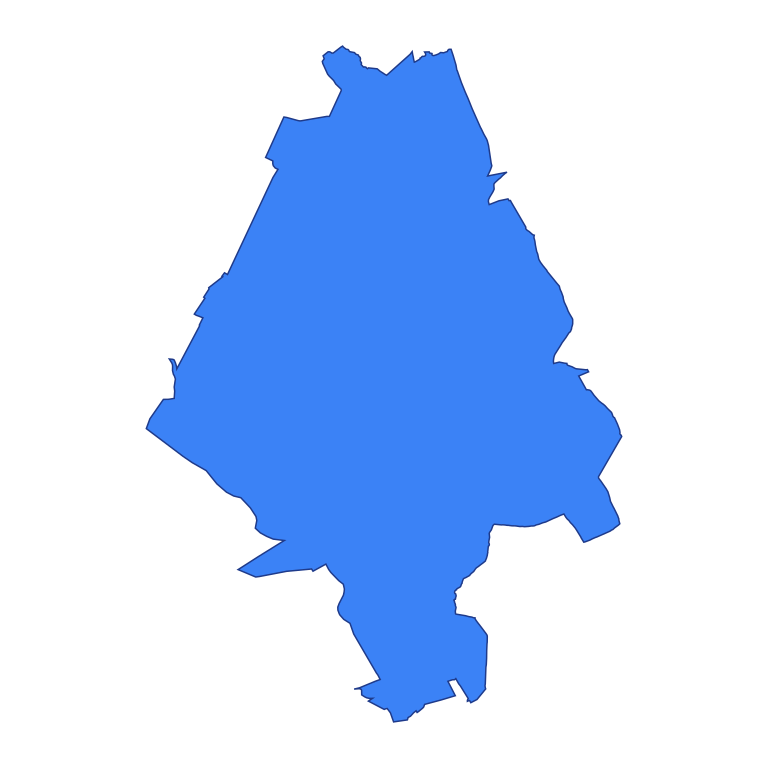 Motca, Iasi, Romania (Equal Earth projection)
{"feature_id": "2599482B18816841555206", "entity_name": "Motca", "entity_type": "district", "adm_level": 2, "iso_a3": "ROU", "parent_name": "Romania", "parent_adm1": "Iasi", "projection": "equal_earth", "projection_center": [26.629, 47.225], "detail": "fine", "context": "isolated", "style": "filled", "palette": "blue", "viewbox_px": 768, "rotation_deg": 0, "n_neighbors": 0, "source": "geoboundaries", "source_scale": "gbopen_adm2", "svg_char_len": 6045}
<svg xmlns="http://www.w3.org/2000/svg" viewBox="0 0 768 768"><path d="M313.0,571.2L325.9,564.1L328.7,569.5L330.9,572.5L338.7,580.6L343.3,584.2L344.4,589.0L344.1,592.0L343.4,595.2L339.1,603.6L337.8,607.1L337.9,610.1L339.2,613.7L339.9,615.0L343.8,619.4L350.0,623.3L353.7,634.0L376.4,673.0L377.8,674.9L380.2,679.5L375.2,681.3L359.5,687.8L354.1,689.1L359.2,688.7L361.0,689.2L361.6,690.2L361.7,694.9L364.8,696.9L366.7,697.8L369.4,698.4L372.6,698.3L368.4,701.1L384.2,709.4L385.7,708.8L387.2,708.5L390.4,712.8L393.6,721.9L407.4,719.9L408.1,717.5L410.5,716.2L413.6,712.8L416.1,710.8L417.1,712.5L418.6,711.5L422.6,708.2L423.7,707.0L424.6,704.4L441.0,700.0L455.3,695.7L447.9,681.3L452.3,679.8L454.5,679.7L455.2,679.2L455.8,678.6L458.7,683.8L460.3,685.8L468.2,698.5L467.4,700.2L467.4,701.3L469.2,700.5L469.8,700.9L470.8,702.7L477.0,699.5L485.7,688.9L485.5,688.5L485.2,687.1L485.0,685.7L485.3,683.9L485.9,667.2L486.3,664.6L486.6,658.2L486.7,650.6L487.0,643.7L487.2,642.2L487.3,636.6L487.2,635.7L486.9,634.9L486.1,633.7L482.0,628.2L477.3,622.1L475.9,620.2L475.0,618.5L475.0,617.8L473.6,617.8L471.9,617.1L468.8,616.6L465.5,615.7L455.9,614.1L455.5,613.6L455.4,612.0L455.3,611.1L456.0,607.8L456.0,607.2L455.4,605.6L455.3,604.7L455.4,604.4L455.2,603.8L455.0,603.6L454.8,602.8L454.5,602.3L454.5,601.5L453.9,600.4L453.9,600.2L454.0,599.9L454.4,599.9L454.7,599.3L455.4,599.2L455.5,598.7L455.7,597.3L456.0,596.6L456.1,595.4L455.6,593.8L455.4,593.8L454.9,593.5L454.6,592.7L454.6,592.0L454.8,591.1L455.0,590.8L455.5,590.5L456.0,589.8L456.5,589.8L456.7,589.1L457.4,588.5L460.0,587.1L460.7,586.3L461.5,584.0L462.1,583.2L462.1,582.5L462.5,581.1L463.4,578.8L464.1,578.3L465.8,577.6L469.6,575.5L470.2,574.6L471.2,573.5L473.7,571.5L475.3,569.1L476.4,567.8L478.5,566.4L480.9,564.5L483.1,562.9L485.4,561.0L485.7,559.9L486.3,558.7L487.3,555.3L487.5,553.7L487.8,552.6L487.7,551.3L487.9,550.3L488.2,547.2L488.4,546.1L488.9,545.8L489.3,544.9L489.3,544.1L488.7,542.5L489.0,540.4L489.6,537.3L489.2,533.4L489.6,532.4L491.4,529.8L492.7,526.1L493.2,525.2L494.3,524.2L501.4,524.9L502.9,524.8L505.2,525.0L507.0,525.3L508.2,525.3L511.7,525.8L515.6,525.9L519.6,526.5L520.9,526.5L522.2,526.4L524.5,526.7L528.7,526.4L531.2,526.0L532.6,526.0L533.8,525.9L534.7,525.7L536.3,524.9L538.9,524.3L542.7,522.8L545.7,522.0L553.2,518.5L556.9,517.0L560.3,515.4L563.9,514.0L565.9,517.3L567.3,519.1L568.9,520.5L570.4,522.6L572.5,524.7L575.2,528.0L576.7,530.3L580.8,537.0L581.1,537.8L583.8,542.2L585.3,541.8L589.9,540.1L592.4,538.8L595.8,537.3L596.6,537.1L609.3,531.5L610.7,530.8L611.1,530.3L612.9,529.5L614.6,527.9L618.3,525.2L619.8,523.8L619.0,520.8L618.8,519.4L618.8,518.8L618.2,517.3L617.8,516.0L614.1,508.5L613.1,506.7L610.5,501.4L609.6,497.3L607.9,491.8L606.1,488.7L600.8,481.0L598.6,478.2L598.5,476.7L621.7,436.5L621.1,435.1L620.6,434.8L619.8,433.7L620.0,432.5L619.6,429.8L617.4,424.0L614.5,417.7L613.6,417.2L612.8,416.0L612.3,414.3L611.5,412.4L607.5,408.5L605.3,406.0L603.4,404.3L601.5,403.0L598.8,400.8L594.1,395.4L591.1,391.2L590.3,390.5L589.5,390.1L587.2,389.7L586.4,389.8L578.7,376.0L588.6,371.8L587.4,369.6L586.2,369.8L576.3,368.8L575.1,368.4L572.1,366.8L567.8,365.3L567.1,364.7L566.9,363.4L564.8,363.2L559.3,362.1L553.7,363.5L553.6,363.1L553.4,361.0L553.7,358.4L554.1,356.5L554.5,355.3L555.0,354.2L560.3,345.8L562.2,342.6L565.9,337.6L568.8,333.0L570.0,332.0L570.5,331.4L571.5,329.0L571.7,327.3L572.3,325.6L572.7,323.8L572.7,319.7L572.4,318.6L569.6,313.9L568.1,311.1L566.9,307.8L564.2,302.0L563.3,298.6L563.1,296.8L561.4,292.1L560.6,290.5L559.9,288.6L559.3,286.1L556.8,283.2L553.4,279.0L551.6,276.8L547.2,271.4L546.9,270.5L542.8,265.5L540.4,262.2L538.8,259.3L537.7,254.0L536.7,251.6L535.4,245.1L534.9,241.4L534.4,239.2L534.0,238.2L534.0,236.5L534.3,235.2L532.7,234.7L529.1,231.5L527.3,230.4L526.2,229.3L525.7,228.5L525.8,227.1L511.4,202.4L510.4,200.5L509.1,200.7L508.0,198.9L498.9,200.8L489.2,204.6L488.4,201.6L488.5,199.7L489.8,197.0L493.0,191.7L494.1,189.2L494.1,188.5L493.9,186.3L493.9,184.4L494.1,183.7L495.1,182.5L498.7,179.2L500.4,177.9L502.5,175.7L505.4,173.2L507.0,172.2L487.6,176.0L490.3,170.1L491.6,166.6L491.8,165.7L491.2,163.4L488.5,145.3L487.2,140.5L486.4,138.7L483.9,134.3L481.1,128.5L480.5,127.5L472.2,108.8L468.1,98.6L465.2,92.0L461.4,82.6L457.3,70.8L456.8,69.9L456.0,65.1L453.2,55.6L451.1,49.3L449.0,49.3L447.8,50.3L447.4,51.5L445.2,52.2L443.7,52.8L440.6,52.5L438.6,53.9L436.4,54.8L433.8,55.6L432.5,55.4L431.9,54.7L432.1,53.8L432.0,53.5L429.6,53.0L429.2,51.9L424.6,52.0L425.4,53.3L425.7,54.4L425.5,55.5L424.6,56.2L423.1,56.4L422.5,56.3L422.1,56.5L421.5,57.1L421.2,57.6L420.1,58.1L420.1,58.8L419.1,59.6L415.5,61.7L414.3,62.1L413.7,59.6L413.2,56.7L412.7,54.7L412.2,51.6L410.2,54.2L386.6,75.3L385.7,74.7L384.9,74.4L383.8,73.6L380.2,71.3L377.2,68.8L368.4,67.9L367.5,68.7L366.5,68.0L366.1,67.3L364.9,66.9L363.4,67.0L361.2,64.6L361.5,63.0L360.2,60.6L360.5,58.9L360.1,57.3L359.0,56.5L358.3,55.0L355.9,54.2L354.5,52.6L349.9,51.7L349.4,51.4L348.5,49.9L348.0,49.5L346.1,49.2L343.5,47.2L342.6,46.1L340.9,47.1L333.3,53.0L331.9,53.1L329.8,51.8L328.1,51.8L323.1,55.8L324.2,58.8L322.3,61.4L322.8,63.5L327.6,74.1L329.1,76.0L333.6,80.5L335.8,84.1L341.0,89.1L341.3,90.0L341.1,90.9L329.4,116.4L326.9,116.4L301.1,120.8L299.9,120.9L298.1,120.6L286.8,117.5L283.9,117.0L265.6,157.5L272.8,160.9L272.8,163.8L273.3,165.7L275.2,168.0L278.0,169.3L273.0,177.4L227.5,274.5L224.5,272.8L221.9,276.3L222.7,276.8L208.7,287.7L209.0,289.0L203.7,297.2L204.9,298.2L194.3,314.1L196.3,315.3L198.9,316.2L202.9,317.8L199.3,325.1L199.6,325.8L176.8,368.9L176.5,366.3L175.4,362.8L174.4,360.5L173.9,359.7L172.6,359.3L169.3,359.0L171.8,363.0L172.5,364.8L172.6,366.7L172.5,370.5L173.4,374.3L174.3,375.8L175.4,379.0L174.2,387.0L174.7,391.2L174.2,398.4L168.7,399.3L163.4,399.4L149.9,418.8L146.3,428.6L183.1,456.4L192.3,462.7L206.2,470.6L216.9,483.9L226.5,492.2L233.7,496.0L240.8,497.7L250.3,507.8L256.0,516.5L256.8,520.5L255.3,528.2L260.4,532.9L266.6,536.3L273.2,539.1L284.3,540.5L258.5,556.5L238.1,569.6L255.7,577.0L259.5,576.5L286.7,571.3L311.6,569.0L313.0,571.2Z" fill="#3b82f6" stroke="#1e3a8a" stroke-width="1.5"/></svg>